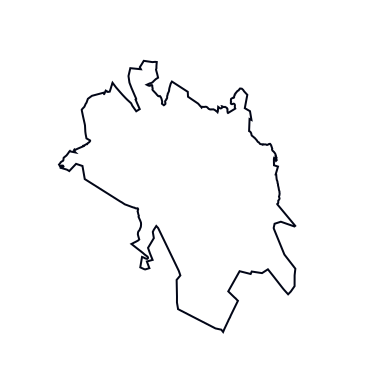 Las Rosas, Chiapas, Mexico, rotated 148°
{"feature_id": "50627088B5732742459943", "entity_name": "Las Rosas", "entity_type": "district", "adm_level": 2, "iso_a3": "MEX", "parent_name": "Mexico", "parent_adm1": "Chiapas", "projection": "equal_earth", "projection_center": [-92.384, 16.369], "detail": "fine", "context": "isolated", "style": "outline", "palette": "ink", "viewbox_px": 384, "rotation_deg": 148, "n_neighbors": 0, "source": "geoboundaries", "source_scale": "gbopen_adm2", "svg_char_len": 6051}
<svg xmlns="http://www.w3.org/2000/svg" viewBox="0 0 384 384"><g transform="rotate(148 192 192)"><path d="M239.8,56.8L237.1,58.7L229.3,63.7L228.8,64.1L226.0,65.7L224.8,66.6L216.0,72.1L210.7,75.4L210.9,76.1L211.5,79.1L211.7,79.5L212.6,83.1L213.9,88.5L193.6,99.6L185.7,91.4L183.5,92.9L175.6,86.1L168.6,86.2L167.7,78.3L166.1,62.9L165.8,60.5L164.7,54.3L161.0,55.2L154.9,57.8L149.1,67.0L145.0,72.2L146.8,90.0L142.1,117.2L141.8,118.2L138.8,121.3L132.4,119.7L123.4,108.5L122.4,108.6L126.2,136.4L126.0,136.7L125.7,136.7L125.4,136.7L125.0,136.8L124.7,137.1L124.6,137.3L124.3,137.5L123.5,138.9L123.1,139.1L122.1,139.4L121.5,139.8L121.1,140.3L120.7,142.0L120.1,142.5L119.8,142.7L118.6,144.1L118.0,145.4L117.7,145.8L117.4,146.7L117.2,147.6L116.3,149.7L115.5,152.1L114.9,153.1L114.8,153.9L114.1,155.4L113.7,156.8L113.7,157.3L113.1,158.7L111.4,162.1L111.8,162.5L105.6,168.0L108.3,171.2L106.4,174.4L105.1,176.5L104.8,176.9L104.6,177.1L104.2,175.3L104.3,173.9L103.3,174.2L103.8,175.5L103.6,176.2L103.5,176.3L103.3,176.7L103.4,177.0L102.9,177.3L102.7,176.7L103.1,176.4L102.5,176.1L102.4,176.0L102.1,176.3L102.1,177.1L101.7,178.1L102.0,178.3L101.9,178.6L101.6,178.9L101.3,179.4L101.1,180.6L101.3,182.7L101.8,184.4L101.7,185.2L101.6,185.6L101.3,186.0L101.0,186.2L100.8,187.1L100.7,187.3L100.6,187.7L100.5,188.4L100.3,189.3L100.1,189.6L100.2,190.4L100.4,190.9L100.2,191.3L100.3,191.5L101.2,191.9L102.4,191.9L102.9,192.1L103.3,192.1L103.6,192.3L104.1,193.1L105.0,193.8L105.9,194.2L106.1,194.6L106.4,194.8L106.6,194.6L107.0,194.6L107.1,194.8L107.2,195.2L107.5,195.5L107.8,195.6L108.8,196.7L108.9,197.2L108.9,197.7L109.1,198.9L109.5,199.4L109.6,199.7L109.7,200.5L109.6,201.1L110.2,204.8L110.5,205.3L110.6,206.0L111.1,207.3L111.4,208.2L111.3,208.7L110.7,210.4L110.6,211.5L110.7,212.3L111.1,213.0L111.3,213.4L104.5,223.4L103.4,221.6L100.0,229.8L102.8,235.1L93.6,245.1L94.1,247.7L94.5,249.9L94.5,251.4L94.8,252.5L95.0,253.2L96.4,254.3L96.7,254.3L97.1,254.0L97.8,253.9L98.1,253.7L98.8,253.4L99.5,253.6L100.3,253.5L100.6,253.3L102.5,252.8L102.8,252.4L103.3,252.4L104.1,252.1L104.4,251.5L105.5,250.9L106.1,250.0L106.5,249.8L106.9,249.8L107.2,250.2L107.3,250.2L109.3,250.3L109.7,250.1L110.1,249.6L110.9,248.5L110.9,248.1L111.0,247.8L111.6,247.3L112.0,246.9L112.1,246.3L112.1,245.9L111.8,245.5L111.7,245.5L111.5,245.3L111.4,245.2L110.6,245.1L110.2,245.0L110.0,244.9L109.7,244.7L109.4,244.1L109.5,243.1L109.7,242.7L110.0,242.3L110.3,242.0L110.7,241.2L110.9,240.9L111.1,239.8L119.6,239.9L119.7,240.2L119.3,241.4L118.6,242.6L118.0,243.4L117.9,243.7L118.1,244.2L117.9,244.6L118.0,245.1L118.9,246.7L119.7,247.0L120.3,247.4L120.4,247.5L120.8,248.4L121.1,248.7L121.2,248.1L121.4,247.9L122.1,247.5L123.3,247.6L123.9,248.1L124.3,249.3L124.7,250.3L127.5,246.5L127.8,246.5L128.1,246.2L128.4,247.6L128.8,248.2L128.8,248.5L129.1,249.2L129.3,249.6L129.6,250.1L130.1,250.8L131.6,251.6L131.9,251.9L132.5,252.2L132.8,252.3L133.1,252.7L133.8,253.7L134.2,255.7L134.7,256.6L135.3,257.1L136.8,257.8L138.3,258.9L139.1,258.5L139.3,260.1L139.5,260.7L139.7,262.2L140.0,263.8L144.9,274.9L142.5,279.2L150.5,296.3L152.6,295.2L156.4,291.8L156.8,291.2L157.2,290.9L157.7,290.1L158.3,289.6L159.7,288.6L160.3,288.4L160.9,287.6L161.1,287.5L161.4,287.1L161.8,286.9L162.3,286.4L163.2,285.0L164.2,284.3L164.7,284.3L165.0,283.9L165.3,283.8L166.4,283.4L167.1,282.6L167.2,282.0L167.6,281.2L167.9,280.8L169.3,280.5L169.9,280.5L170.7,282.8L169.4,284.4L169.2,285.0L168.5,287.1L168.2,288.8L168.3,289.6L168.3,290.0L168.4,290.4L169.1,290.5L169.3,290.7L169.6,291.0L169.9,291.4L169.9,291.9L170.0,292.1L170.2,292.8L170.4,294.6L171.3,299.0L171.3,299.5L171.3,299.8L170.5,300.6L170.2,301.5L170.0,302.1L169.3,303.3L169.3,303.8L169.8,304.2L171.4,304.4L171.9,304.7L172.6,305.4L173.5,306.9L170.3,306.5L169.5,306.2L167.5,305.9L165.5,306.4L162.9,306.9L160.2,306.9L159.0,310.5L157.7,314.8L156.5,315.9L156.5,316.0L155.1,318.1L153.0,320.9L154.3,321.9L156.7,323.1L163.4,328.8L166.7,327.1L170.1,325.5L170.3,323.2L178.7,329.7L184.4,324.0L187.1,317.9L188.2,312.2L189.5,303.7L189.7,302.1L190.0,300.5L190.8,300.4L191.4,297.1L191.9,293.6L192.4,290.0L196.5,290.0L196.9,296.7L196.6,299.5L198.0,304.5L198.6,307.1L199.4,311.1L200.1,315.2L201.0,321.0L201.5,326.8L202.4,326.1L202.6,325.8L203.0,325.5L203.2,325.2L204.2,324.5L204.4,324.3L205.4,323.4L208.6,320.7L210.3,321.4L210.7,321.9L210.5,322.0L211.4,323.7L214.2,321.8L214.3,322.1L214.5,322.1L214.2,323.0L225.9,326.6L230.9,326.2L234.2,323.6L235.3,323.2L238.1,321.3L240.9,320.6L241.9,320.2L242.3,319.4L244.3,314.0L246.8,306.9L247.5,305.1L250.5,299.7L251.5,297.5L253.1,293.4L251.1,289.7L251.3,289.3L251.8,289.1L252.2,289.0L252.6,288.7L254.7,288.6L255.4,288.2L255.6,288.5L256.4,288.5L258.7,288.6L259.5,288.8L259.5,288.3L265.9,289.3L268.5,289.6L269.0,290.4L269.9,290.0L269.6,289.2L270.1,288.1L269.9,287.3L273.6,290.8L273.7,291.5L274.2,291.4L274.3,291.3L274.6,291.3L276.9,290.3L279.1,289.5L282.3,289.1L282.7,289.0L284.4,287.0L285.0,286.8L285.7,286.9L287.5,286.8L289.4,285.9L290.2,285.8L290.4,282.9L289.5,283.4L288.7,283.5L288.1,283.3L287.9,283.0L287.8,282.7L287.4,282.5L287.5,281.7L290.0,281.5L286.3,277.3L285.3,275.5L285.0,274.8L275.4,277.3L271.1,272.1L276.1,259.8L257.7,221.6L257.2,220.8L255.5,217.1L254.0,215.2L250.7,210.9L249.6,209.6L249.3,209.4L248.9,208.9L248.8,208.5L248.5,208.1L248.3,208.0L248.0,207.6L247.8,207.5L246.9,207.1L246.7,206.9L246.7,206.5L246.8,205.9L247.1,205.7L247.3,205.6L248.0,204.6L248.3,204.5L248.5,204.2L248.6,203.5L249.1,202.2L249.5,200.9L249.6,200.3L249.7,199.9L250.3,199.5L250.5,199.3L251.1,195.1L251.5,193.1L252.3,191.6L253.9,189.5L256.9,187.4L258.3,187.0L259.1,186.4L260.3,184.9L260.9,183.2L261.9,179.7L263.7,179.4L270.9,180.0L266.0,166.5L265.3,164.1L264.0,160.8L264.0,159.9L264.3,159.3L264.8,159.1L265.3,159.0L266.1,159.6L266.9,160.6L267.7,162.0L268.8,163.4L275.8,155.5L273.3,151.7L272.6,151.1L268.5,150.0L267.1,157.0L261.4,155.3L260.2,162.1L258.9,167.9L248.8,173.1L246.4,178.9L244.4,180.2L240.3,182.1L239.8,179.4L245.0,132.0L246.1,127.4L251.6,125.6L260.2,111.2L263.3,106.3L265.9,100.0L244.4,63.9L240.1,59.7L239.8,56.8Z" fill="none" stroke="#020617" stroke-width="2"/></g></svg>